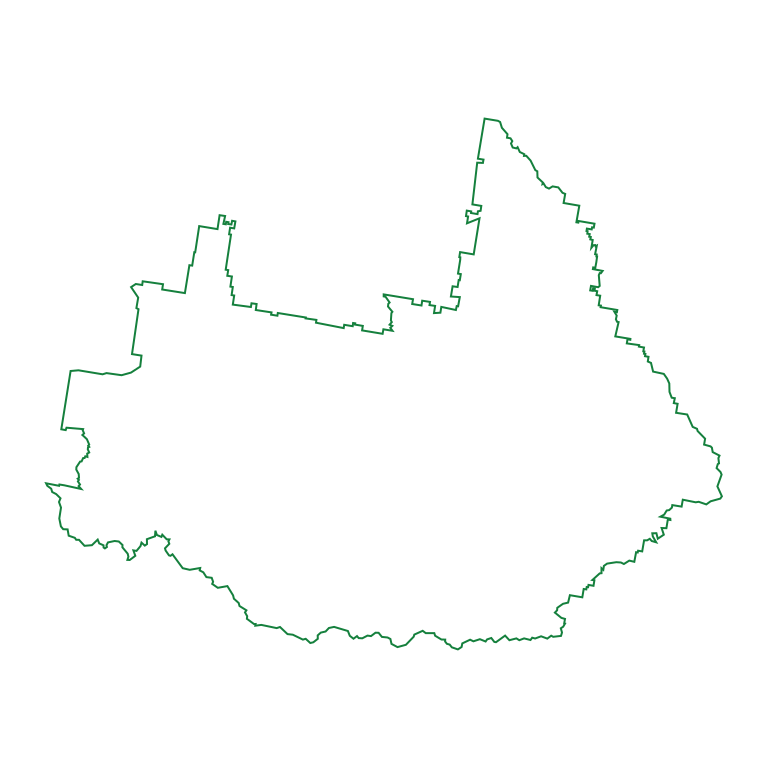 Liverpool Plains, New South Wales, Australia
{"feature_id": "25037944B45289981242640", "entity_name": "Liverpool Plains", "entity_type": "district", "adm_level": 2, "iso_a3": "AUS", "parent_name": "Australia", "parent_adm1": "New South Wales", "projection": "mercator", "projection_center": [150.406, -31.47], "detail": "fine", "context": "isolated", "style": "outline", "palette": "green", "viewbox_px": 768, "rotation_deg": 0, "n_neighbors": 0, "source": "geoboundaries", "source_scale": "gbopen_adm2", "svg_char_len": 6071}
<svg xmlns="http://www.w3.org/2000/svg" viewBox="0 0 768 768"><path d="M102.6,374.3L78.5,370.3L70.6,371.0L61.3,429.3L65.7,430.1L66.5,427.7L83.1,429.1L82.7,430.2L84.1,433.4L82.4,435.0L86.9,439.2L89.2,444.6L88.2,445.7L89.2,446.9L88.0,447.4L87.8,449.4L89.2,452.5L87.2,453.6L87.4,456.9L85.3,456.3L84.6,458.0L83.1,458.1L81.6,461.4L80.1,461.6L76.4,467.2L76.3,469.6L78.7,474.0L79.0,477.8L77.7,478.7L78.9,479.9L77.9,481.4L80.0,484.5L78.6,486.1L81.2,489.0L64.3,485.3L59.4,484.5L59.1,485.8L46.1,483.3L47.3,485.8L51.2,488.7L52.2,492.0L56.2,494.1L60.5,498.3L59.0,502.0L61.0,507.6L59.3,518.5L60.9,526.4L63.2,529.2L67.6,529.4L68.7,535.7L74.8,537.8L76.2,539.8L79.0,539.8L84.5,545.8L91.9,545.2L97.7,539.6L99.2,543.4L103.5,545.3L103.6,547.5L104.9,548.4L106.9,547.0L106.5,545.2L108.0,542.4L114.6,541.0L118.8,541.5L122.5,545.0L122.4,547.3L127.7,553.7L128.4,556.7L127.4,559.9L129.7,560.0L135.3,555.8L133.4,550.4L136.5,550.9L140.5,546.1L141.5,542.6L144.8,545.6L147.0,544.1L146.9,539.2L155.0,536.3L155.4,530.7L156.9,535.0L161.4,536.9L162.3,534.7L166.7,539.3L169.4,539.4L168.4,541.3L169.3,543.8L165.0,548.3L165.6,550.5L169.0,555.4L170.5,555.8L172.5,554.3L182.7,568.2L189.7,569.8L200.2,568.0L199.7,570.4L203.3,572.3L206.4,577.1L211.7,577.8L213.1,581.8L212.2,583.9L217.8,587.8L227.4,586.1L233.1,595.4L233.9,598.7L238.7,603.0L239.5,606.0L246.4,610.3L245.0,612.4L247.2,616.2L246.9,618.8L254.1,624.1L255.6,624.0L255.3,625.7L261.3,624.9L276.7,628.1L280.0,627.0L287.5,634.1L292.8,634.7L302.9,639.6L305.7,638.8L310.3,643.0L313.3,642.3L317.8,638.8L317.7,635.4L320.8,632.6L325.6,631.5L328.9,628.0L334.1,626.9L347.9,631.0L349.8,635.8L353.5,638.7L357.0,636.1L358.7,638.1L362.3,638.3L367.5,635.6L371.0,636.1L375.5,632.7L378.6,632.8L381.9,636.9L387.6,637.5L390.4,639.0L391.5,643.9L397.5,647.1L405.9,644.8L413.7,636.7L414.3,634.6L422.7,630.8L425.7,633.1L434.3,633.1L435.1,635.7L441.4,639.5L445.2,639.6L445.1,641.5L446.9,643.8L449.7,644.6L451.8,647.3L457.9,649.4L461.6,647.0L462.3,643.4L470.1,639.7L473.4,641.3L479.9,639.2L485.6,641.5L487.1,639.4L491.3,638.0L494.3,641.9L496.0,642.2L505.1,635.6L509.4,640.2L516.4,638.4L519.3,640.2L524.1,638.4L530.5,640.0L532.2,637.7L535.1,638.5L541.1,636.3L547.3,638.6L551.2,635.7L553.2,636.8L561.0,635.9L562.0,632.5L560.8,628.3L563.2,626.7L565.0,623.6L564.2,623.4L565.0,618.9L561.4,617.9L554.9,612.6L557.1,610.3L557.3,607.8L563.0,603.8L568.1,602.6L569.9,595.2L582.3,597.3L583.7,589.0L586.3,589.4L586.7,587.0L588.1,587.2L588.5,584.9L593.5,585.8L594.4,580.3L592.4,580.0L599.7,573.4L601.5,573.2L601.5,568.2L603.3,569.8L603.9,565.9L607.1,563.6L616.3,562.2L620.9,562.5L623.9,564.0L629.3,560.6L634.3,561.8L636.1,552.2L637.7,552.5L638.1,550.7L642.2,551.4L644.1,540.3L647.2,540.3L649.8,538.8L651.7,541.0L656.2,542.3L652.8,536.4L652.3,533.3L656.4,533.2L657.8,538.7L663.8,534.7L661.6,528.0L666.4,528.2L667.8,519.6L670.4,520.0L670.3,518.7L660.4,516.7L664.2,514.6L666.7,510.5L669.2,510.1L671.9,507.6L672.3,505.1L681.6,506.6L682.8,499.7L695.7,502.3L698.7,501.8L706.3,504.4L710.6,501.3L720.3,498.6L721.9,496.3L717.4,486.4L721.6,474.6L720.5,472.0L716.6,468.1L717.8,464.1L719.0,463.4L718.4,458.1L719.5,455.6L712.7,452.1L711.9,447.7L710.6,446.4L704.1,444.6L705.1,438.7L697.6,431.0L697.0,428.8L692.7,426.9L687.2,414.5L676.1,412.8L677.6,403.8L673.8,403.1L674.8,398.2L671.7,397.7L669.5,391.9L669.3,383.5L667.1,378.6L663.8,373.9L653.1,371.6L651.0,362.9L647.8,361.5L648.5,356.8L645.0,356.2L645.4,353.9L644.0,353.7L644.4,351.5L643.3,351.3L644.0,347.5L638.9,346.6L639.2,345.1L626.8,343.4L627.5,339.3L630.3,339.8L630.4,338.9L615.3,336.4L618.6,322.1L617.1,321.8L615.9,319.3L616.7,315.6L614.4,311.8L616.9,312.2L617.3,310.0L600.6,307.2L600.9,305.6L598.7,305.3L600.2,295.7L596.5,295.1L597.2,291.2L594.5,290.7L594.8,288.7L593.1,288.4L592.7,290.8L590.2,290.4L591.0,285.9L598.2,287.2L599.7,285.9L598.8,275.2L599.7,273.1L600.9,273.2L602.6,270.9L592.9,269.1L593.2,267.4L595.3,267.7L596.3,262.3L597.1,256.5L596.4,256.4L596.7,254.5L595.1,254.2L596.8,245.6L595.6,246.3L595.2,245.1L593.5,245.2L591.4,247.8L592.7,240.0L590.3,239.4L590.8,237.0L589.2,236.7L589.7,234.1L587.3,233.7L587.6,231.2L586.5,231.0L586.9,228.6L591.7,229.4L592.1,227.3L593.8,227.6L594.5,223.7L578.6,221.0L578.3,222.6L576.4,222.3L579.3,205.7L563.6,203.0L565.2,193.9L562.5,192.8L558.3,187.4L552.6,186.4L549.0,188.6L545.8,187.1L543.6,183.5L542.5,184.1L542.8,182.5L537.5,177.5L537.3,171.3L535.3,170.1L530.6,160.6L526.3,155.8L524.0,155.9L524.3,154.2L519.8,152.0L517.6,147.2L516.4,148.4L512.7,147.5L511.0,143.5L512.3,141.1L510.5,138.3L507.0,137.7L507.5,134.2L501.9,127.8L500.1,122.0L497.9,120.8L484.6,118.6L477.9,158.7L483.5,159.6L482.9,162.9L477.2,162.7L472.4,204.4L481.3,205.9L480.6,210.8L477.9,211.3L477.5,214.1L471.0,213.0L471.2,211.4L466.8,210.6L466.0,216.1L468.1,216.5L467.0,223.3L479.5,218.3L473.7,254.4L460.1,252.1L459.3,257.1L460.3,257.3L460.2,259.9L458.0,273.6L460.8,274.1L459.8,280.2L458.7,280.0L457.6,287.0L452.6,286.3L450.9,296.5L459.8,297.1L458.1,306.3L456.7,306.1L455.9,310.0L441.3,306.9L440.4,312.7L434.0,313.1L435.1,305.9L429.5,305.1L430.0,301.9L422.2,300.7L421.5,305.5L412.2,304.0L413.0,299.2L383.7,294.4L383.7,296.4L385.6,296.8L389.6,302.5L388.3,303.8L388.0,306.5L392.4,311.8L391.4,313.1L390.9,320.4L391.8,322.1L389.6,324.7L392.3,325.9L390.3,327.8L392.5,330.8L383.4,329.3L382.6,333.8L362.1,330.4L362.8,325.9L355.0,324.6L355.2,323.3L353.1,323.0L352.7,326.2L344.2,324.8L343.7,328.1L316.0,322.7L316.4,319.9L305.6,318.4L305.8,317.5L277.8,313.0L277.4,315.7L271.1,314.7L271.5,312.4L255.8,310.0L256.6,304.0L251.5,303.3L250.9,307.0L232.8,304.6L234.2,295.5L231.6,295.1L232.8,287.0L230.4,286.6L231.9,276.5L227.3,275.8L228.2,270.1L225.7,269.7L231.0,234.6L229.1,234.3L230.1,227.7L234.2,228.4L235.4,221.4L232.1,220.8L231.4,224.5L228.2,224.0L228.5,222.2L226.2,221.8L225.8,224.3L223.4,223.9L225.1,216.0L219.6,215.2L217.5,229.1L199.2,226.1L195.2,252.3L194.3,252.2L192.2,265.6L189.4,265.2L184.9,293.1L162.2,289.5L163.0,284.2L142.7,281.3L142.2,285.0L135.8,284.0L131.1,287.1L138.2,297.6L136.4,308.1L138.5,309.2L132.0,354.1L141.5,355.6L140.2,366.6L131.0,372.6L121.6,375.2L106.5,373.1L102.6,374.3Z" fill="none" stroke="#15803d" stroke-width="2"/></svg>